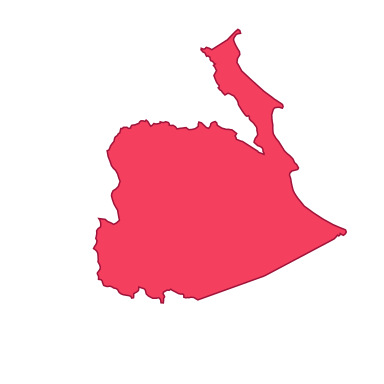 Kuantan, Pahang, Malaysia (Natural Earth projection), rotated 328°
{"feature_id": "92858781B15723972552413", "entity_name": "Kuantan", "entity_type": "district", "adm_level": 2, "iso_a3": "MYS", "parent_name": "Malaysia", "parent_adm1": "Pahang", "projection": "natural_earth1", "projection_center": [103.122, 3.898], "detail": "fine", "context": "isolated", "style": "filled", "palette": "rose", "viewbox_px": 384, "rotation_deg": 328, "n_neighbors": 0, "source": "geoboundaries", "source_scale": "gbopen_adm2", "svg_char_len": 4453}
<svg xmlns="http://www.w3.org/2000/svg" viewBox="0 0 384 384"><g transform="rotate(328 192 192)"><path d="M141.9,112.0L139.7,117.5L138.7,122.8L137.7,126.9L137.9,130.3L138.7,133.1L138.5,137.2L137.3,141.6L136.7,144.8L135.1,146.1L132.6,148.2L129.2,149.1L125.8,149.1L123.3,150.7L121.7,152.5L120.5,156.4L119.5,160.8L119.3,164.9L119.3,167.9L116.7,174.3L115.5,177.5L111.6,178.2L108.4,177.9L107.0,175.4L104.8,172.2L103.9,169.2L98.9,165.1L98.9,167.6L97.9,170.4L96.1,173.1L93.0,173.3L90.6,174.3L89.2,176.8L87.6,178.6L85.8,180.4L85.6,183.0L83.5,185.2L80.1,186.8L78.5,187.8L79.5,190.0L79.9,192.1L79.5,194.4L77.9,197.4L76.5,199.9L75.3,201.3L75.1,204.7L74.5,207.0L73.0,208.8L70.8,209.7L69.0,210.4L68.4,211.1L68.0,214.1L66.6,216.4L65.9,216.1L68.4,218.2L68.7,219.8L68.2,221.2L67.6,224.4L69.1,226.4L70.4,227.5L72.4,228.3L73.7,229.8L74.7,231.9L76.6,233.8L77.2,235.4L77.0,238.6L77.9,240.9L79.4,242.8L83.7,246.6L84.8,248.1L84.6,250.0L86.4,250.7L87.5,249.3L88.6,247.4L90.4,247.4L92.3,247.5L94.3,247.2L95.2,246.3L96.5,244.4L98.4,246.6L100.0,248.5L100.5,249.9L99.8,252.4L99.2,254.3L99.9,257.0L101.1,259.2L102.4,261.3L105.5,263.2L107.3,263.8L108.2,264.8L108.2,267.0L107.0,269.5L108.9,270.9L110.6,268.7L111.6,267.1L113.2,266.4L113.5,265.2L113.5,262.9L114.6,261.9L116.8,261.9L118.8,262.0L120.6,263.3L122.5,263.2L123.1,264.8L124.5,267.1L126.8,271.1L128.3,272.6L130.2,273.7L130.3,275.3L129.3,276.9L130.6,278.4L132.6,279.3L133.1,279.9L135.5,280.8L137.6,282.4L139.5,286.1L139.8,286.6L207.9,301.3L209.8,301.6L287.7,307.1L290.2,306.5L292.6,305.7L293.1,307.0L294.3,307.0L295.7,305.8L296.5,307.6L297.5,309.0L299.9,308.7L301.6,307.7L302.1,305.9L301.9,305.1L297.8,299.5L294.3,294.4L288.8,284.5L284.0,274.2L279.7,263.5L278.5,253.9L278.3,250.9L278.3,246.8L278.7,244.0L279.7,240.8L280.9,237.4L282.9,232.6L283.6,229.4L285.0,227.8L287.8,227.1L290.6,228.0L293.6,228.9L295.1,228.0L295.3,224.1L294.5,221.4L295.1,217.7L294.7,215.2L294.1,212.7L293.0,209.7L292.2,206.1L292.2,201.3L292.2,195.1L291.6,190.7L291.8,185.7L292.8,183.4L294.3,180.7L296.1,177.9L297.3,174.9L298.5,172.4L300.5,168.8L304.6,165.1L306.6,164.4L309.0,165.3L311.0,166.5L313.0,168.8L314.5,167.9L315.1,165.8L314.3,163.7L313.3,161.7L312.2,159.2L311.0,156.7L310.2,154.4L306.4,144.8L301.9,129.2L298.3,115.7L298.7,108.6L298.7,106.1L301.3,102.9L305.4,100.8L306.6,98.1L306.6,94.9L306.8,91.0L307.2,87.8L307.8,85.1L309.2,83.5L312.9,81.9L314.7,82.1L317.3,83.2L318.1,80.4L317.1,78.4L313.8,78.9L307.2,80.5L302.7,81.7L284.2,81.8L282.8,79.2L281.9,78.2L281.0,77.0L280.3,76.9L279.3,77.4L277.9,77.2L276.8,76.2L276.0,75.0L275.0,76.2L275.3,77.7L275.6,79.4L276.5,80.3L276.6,81.7L276.3,83.5L276.3,84.7L277.6,85.0L278.6,87.3L278.2,88.3L277.6,89.3L277.5,90.6L278.4,91.7L278.9,93.2L278.9,94.7L279.5,95.7L277.2,96.0L277.6,98.7L277.2,100.0L277.3,101.9L272.3,104.8L271.6,108.2L271.1,111.2L271.0,113.6L271.4,116.2L270.5,117.4L269.4,117.5L269.7,120.0L270.6,121.9L270.6,123.7L271.3,127.2L274.8,127.3L276.2,128.9L277.1,130.7L278.4,132.6L278.7,135.5L278.9,138.3L278.5,140.6L277.7,142.4L277.6,144.0L277.6,148.1L277.6,150.0L277.8,153.1L278.1,155.7L278.7,156.9L280.3,157.2L280.5,158.5L279.4,160.4L279.6,162.5L280.4,164.8L280.8,166.7L280.9,168.9L281.1,171.0L280.6,172.7L279.6,174.3L278.9,176.5L278.0,178.3L276.5,179.1L274.3,179.9L272.1,181.5L270.9,182.7L272.3,187.5L273.4,188.8L274.3,190.3L274.9,191.7L274.7,193.5L273.7,195.3L273.7,197.2L273.0,198.2L269.4,193.5L269.4,192.3L261.6,175.9L260.5,174.8L259.2,173.0L258.1,171.5L257.6,170.7L258.2,169.2L258.2,167.3L259.1,167.0L260.9,166.1L259.5,162.2L258.8,160.4L256.9,158.9L256.1,158.1L254.4,157.2L253.0,155.6L251.2,153.7L248.8,148.9L249.6,146.4L249.0,144.5L246.0,143.8L244.0,144.1L242.5,145.9L239.7,146.8L238.3,144.8L237.5,141.6L236.7,138.4L234.9,136.3L233.3,137.7L232.0,139.7L228.2,140.0L224.8,138.8L222.3,137.4L221.1,134.2L217.5,132.6L214.9,131.3L212.8,130.7L212.5,127.8L211.3,125.4L209.4,124.4L208.1,123.2L208.8,122.2L208.8,120.6L207.0,118.5L204.6,118.0L203.1,116.6L202.2,115.6L201.3,116.8L197.5,115.3L196.0,113.7L193.7,114.3L191.9,114.4L191.8,112.1L191.9,108.9L191.2,106.7L189.6,107.3L188.5,106.0L186.5,104.6L184.5,104.9L183.4,105.7L181.5,105.2L179.3,104.9L177.9,104.2L176.1,103.5L174.6,104.4L173.7,105.2L171.8,104.4L171.1,102.6L168.0,100.8L166.7,101.3L165.3,100.4L164.0,101.7L163.0,102.7L162.0,103.6L160.5,103.5L159.2,104.2L158.0,104.6L156.4,104.6L155.1,105.2L153.8,106.5L152.8,107.7L150.6,108.4L148.7,109.2L147.1,109.9L146.1,110.8L143.6,112.4L141.9,112.0Z" fill="#f43f5e" stroke="#9f1239" stroke-width="1.5"/></g></svg>